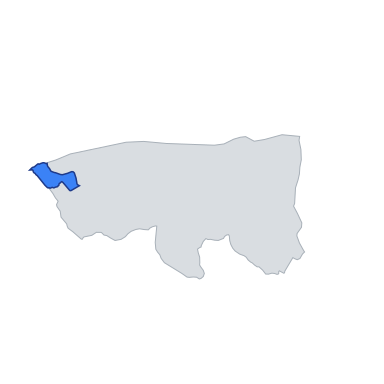 where Maryland sits in Liberia, rotated 140°
{"feature_id": "LBR-781", "entity_name": "Maryland", "entity_type": "County", "adm_level": 1, "iso_a3": "LBR", "parent_name": "Liberia", "parent_adm1": "", "projection": "mercator", "projection_center": [-7.792, 4.73], "detail": "fine", "context": "in_parent", "style": "filled", "palette": "blue", "viewbox_px": 384, "rotation_deg": 140, "n_neighbors": 0, "source": "natural_earth", "source_scale": "10m", "svg_char_len": 3340}
<svg xmlns="http://www.w3.org/2000/svg" viewBox="0 0 384 384"><g transform="rotate(140 192 192)"><path d="M73.8,165.4L76.8,162.8L81.3,154.5L87.6,146.4L93.4,141.7L98.1,136.8L103.0,133.1L110.0,128.7L120.8,117.2L123.3,115.9L125.0,107.9L127.7,97.8L130.8,94.6L138.1,92.7L139.9,91.0L142.5,83.8L144.1,75.5L144.3,73.7L147.1,73.5L152.1,71.7L154.9,72.5L156.2,74.9L156.9,76.9L171.8,71.7L173.1,70.6L173.9,70.8L175.8,75.5L176.9,75.2L177.8,73.9L178.8,73.7L179.9,74.4L181.1,76.5L183.0,78.5L186.2,79.9L188.3,81.8L188.1,86.8L188.8,91.6L190.2,92.8L191.0,95.7L191.4,98.9L192.1,100.5L192.7,103.8L192.4,107.2L193.0,109.6L195.4,113.8L196.9,119.1L196.9,122.8L196.0,126.8L194.4,130.4L191.7,134.3L191.4,135.8L193.1,136.8L195.6,137.0L197.7,136.2L203.0,138.0L205.7,140.6L208.2,143.8L210.4,145.4L211.3,147.4L215.1,146.9L219.5,144.9L220.4,144.0L221.7,144.5L224.5,144.7L226.4,141.2L228.0,137.2L231.4,132.9L233.1,131.2L233.5,128.4L233.7,124.8L234.9,121.7L237.7,120.0L240.7,120.0L242.3,120.7L243.2,123.7L245.6,126.0L247.7,127.5L248.8,128.2L250.5,130.0L252.1,136.1L258.6,155.6L258.3,161.0L257.0,164.6L257.0,168.0L256.5,171.4L252.6,177.0L240.9,188.5L241.8,189.5L244.6,190.8L247.4,191.4L249.8,191.1L252.7,193.9L255.8,197.5L259.1,199.4L263.9,201.0L268.1,201.2L271.7,200.6L276.7,201.3L282.1,204.3L284.0,209.2L285.3,213.4L287.1,215.6L287.4,219.3L291.2,222.6L296.6,223.2L303.6,227.0L305.4,226.8L306.2,226.3L307.1,227.0L308.8,238.0L310.2,243.9L309.5,246.2L308.5,248.1L308.5,256.9L305.3,262.0L304.8,267.6L303.9,269.4L300.5,271.0L300.4,275.3L299.5,280.5L299.2,286.0L300.1,300.4L300.3,311.1L301.9,313.1L295.2,312.2L275.8,304.1L260.8,299.4L210.5,272.5L196.5,261.8L180.5,245.7L144.7,213.4L136.5,208.2L126.2,205.7L119.8,202.9L115.3,199.9L111.7,190.9L102.7,185.6L86.2,178.0L73.8,165.4Z" fill="#d9dde1" stroke="#a8b0b8" stroke-width="1"/><path d="M298.3,286.2L298.3,286.3L298.6,287.0L299.1,287.4L299.5,287.7L299.9,288.1L300.0,288.7L300.3,291.7L300.0,304.0L300.1,304.5L300.3,305.1L300.4,305.7L300.2,307.1L300.7,308.3L300.7,308.8L300.6,309.4L300.0,310.5L299.9,311.1L300.2,311.8L302.1,313.1L299.1,313.4L298.2,313.3L296.9,312.7L296.1,312.6L292.2,312.6L291.7,312.4L291.5,312.0L291.3,311.6L291.0,311.4L290.1,311.3L287.8,310.4L287.1,310.0L286.5,309.4L286.1,308.8L285.8,308.0L285.3,307.3L284.6,307.1L284.8,306.7L285.7,305.3L285.9,304.9L286.0,304.5L286.1,304.1L286.1,302.0L286.2,300.9L286.6,299.3L286.7,298.8L286.5,298.4L286.3,297.8L285.0,295.5L284.1,294.4L281.6,290.1L281.2,289.6L280.8,289.2L280.3,288.7L279.9,288.4L279.0,288.0L275.3,286.3L271.2,285.0L271.0,284.8L270.6,284.5L270.3,284.1L270.1,283.9L270.0,283.6L270.0,283.3L269.9,282.8L269.9,282.2L271.9,277.2L272.8,275.7L274.1,273.4L274.5,272.9L274.7,272.6L274.8,272.2L274.9,271.8L274.9,271.1L274.8,270.7L274.2,269.2L283.6,270.8L284.0,271.0L284.5,271.4L284.6,271.6L284.7,271.9L284.7,280.2L284.7,280.7L284.8,280.9L284.8,281.2L284.8,281.3L284.7,281.6L284.7,281.8L284.7,282.0L284.9,283.0L285.0,283.5L285.4,283.8L285.7,283.7L285.9,283.7L286.3,283.7L286.5,283.7L286.9,283.6L287.1,283.6L287.7,283.8L288.0,283.8L288.3,283.7L288.5,283.7L289.0,283.4L289.6,282.8L289.8,282.7L290.0,282.7L290.4,282.7L290.6,282.8L290.8,282.8L291.0,282.7L291.5,282.5L292.0,282.7L293.7,283.6L294.5,283.7L295.0,283.9L295.3,284.1L295.9,285.2L296.2,285.4L296.5,285.6L297.7,285.9L298.1,286.1L298.3,286.2L298.3,286.2Z" fill="#3b82f6" stroke="#1e3a8a" stroke-width="1.5"/></g></svg>